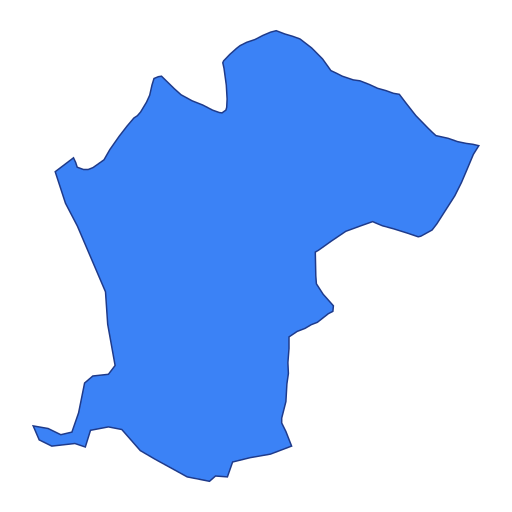 Al-Kufa, An-Najaf, Iraq
{"feature_id": "34846034B35255353982404", "entity_name": "Al-Kufa", "entity_type": "district", "adm_level": 2, "iso_a3": "IRQ", "parent_name": "Iraq", "parent_adm1": "An-Najaf", "projection": "albers", "projection_center": [44.484, 32.07], "detail": "fine", "context": "isolated", "style": "filled", "palette": "blue", "viewbox_px": 512, "rotation_deg": 0, "n_neighbors": 0, "source": "geoboundaries", "source_scale": "gbopen_adm2", "svg_char_len": 1763}
<svg xmlns="http://www.w3.org/2000/svg" viewBox="0 0 512 512"><path d="M299.3,38.7L292.7,36.3L284.9,34.0L276.2,30.7L270.7,32.1L262.9,35.4L255.0,39.5L246.7,42.3L240.1,45.6L236.5,48.4L229.8,54.4L223.6,60.9L222.8,62.8L224.0,68.3L224.7,73.4L226.3,85.1L227.1,99.0L226.7,107.3L225.9,110.1L222.0,112.9L219.2,112.5L212.5,110.1L202.7,105.0L192.1,100.8L181.1,94.8L174.4,88.8L161.5,76.2L158.3,76.7L154.0,78.5L152.0,85.0L149.7,95.2L146.5,102.2L140.6,112.0L137.4,115.7L133.9,118.0L127.2,125.9L119.3,136.1L109.9,149.5L104.0,159.8L93.0,167.6L88.2,169.5L83.5,169.5L77.2,167.2L75.7,162.5L73.5,157.8L61.9,166.6L55.2,171.7L65.5,203.3L77.4,226.1L91.8,259.8L105.5,291.8L107.7,324.3L115.1,365.5L108.4,374.3L92.8,376.0L84.6,383.0L78.6,412.8L71.9,432.1L60.8,434.7L48.1,428.5L33.2,425.9L39.2,439.9L51.8,446.1L74.9,443.5L85.3,447.0L90.5,430.3L108.4,426.9L121.8,429.5L140.3,450.6L155.2,459.3L187.2,476.9L209.5,481.3L215.5,476.0L227.4,476.9L232.6,462.0L250.4,457.6L254.0,457.0L270.5,454.1L291.3,446.2L291.6,446.1L285.9,431.5L281.7,423.0L281.7,418.1L285.9,401.6L286.9,383.9L288.4,373.5L287.9,362.6L289.0,348.5L289.0,336.9L297.2,331.4L305.0,328.4L311.2,324.7L317.4,322.3L328.3,313.7L332.9,311.3L333.4,305.8L323.1,294.2L316.4,283.8L315.8,275.9L315.3,252.1L318.4,250.3L331.3,241.1L345.8,231.3L360.8,225.8L372.7,221.6L375.3,222.8L382.5,225.8L393.9,228.9L407.3,233.1L418.2,236.8L420.8,236.2L432.1,230.0L436.8,223.9L454.8,195.8L461.5,182.4L466.2,171.4L473.4,154.3L478.8,145.7L472.9,144.3L466.2,143.4L457.5,141.6L448.1,138.3L435.9,135.6L432.3,132.3L428.0,128.1L415.8,115.6L406.0,103.1L399.3,94.3L393.4,93.3L385.9,90.6L377.6,88.3L369.4,84.5L359.9,80.8L353.3,79.9L342.3,76.2L336.8,73.4L330.9,70.6L322.6,59.0L311.6,47.9L300.2,39.1L299.3,38.7Z" fill="#3b82f6" stroke="#1e3a8a" stroke-width="1.5"/></svg>